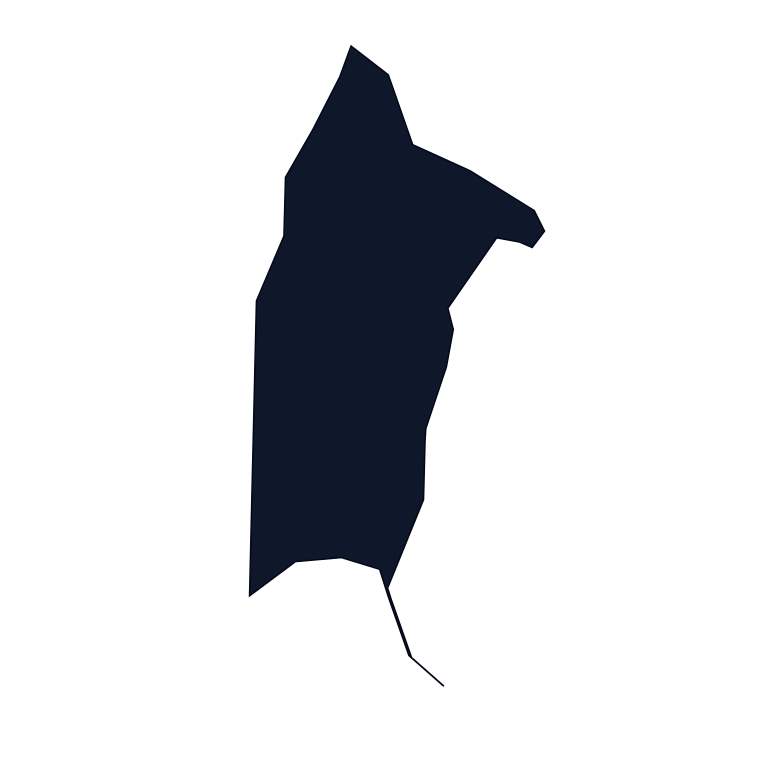 Geumcheon-gu, Seoul, South Korea (Mercator projection), rotated 37°
{"feature_id": "91817680B69479464976516", "entity_name": "Geumcheon-gu", "entity_type": "district", "adm_level": 2, "iso_a3": "KOR", "parent_name": "South Korea", "parent_adm1": "Seoul", "projection": "mercator", "projection_center": [126.913, 37.452], "detail": "fine", "context": "isolated", "style": "filled", "palette": "ink", "viewbox_px": 768, "rotation_deg": 37, "n_neighbors": 0, "source": "geoboundaries", "source_scale": "gbopen_adm2", "svg_char_len": 554}
<svg xmlns="http://www.w3.org/2000/svg" viewBox="0 0 768 768"><g transform="rotate(37 384 384)"><path d="M404.1,634.1L420.2,579.1L454.4,548.3L492.0,534.6L516.0,551.7L567.3,585.9L611.7,589.3L613.7,589.2L570.7,585.9L519.4,551.7L509.7,544.8L485.2,452.6L451.0,404.7L444.2,394.4L423.6,332.9L406.5,298.7L389.4,285.0L386.0,199.5L406.5,189.2L420.2,185.8L420.2,165.3L399.7,155.1L324.5,161.9L262.9,175.6L201.4,134.5L154.3,133.9L163.8,165.3L174.0,223.4L180.9,278.2L215.0,326.0L232.1,394.4L404.1,634.1Z" fill="#0f172a" stroke="#020617" stroke-width="1.5"/></g></svg>